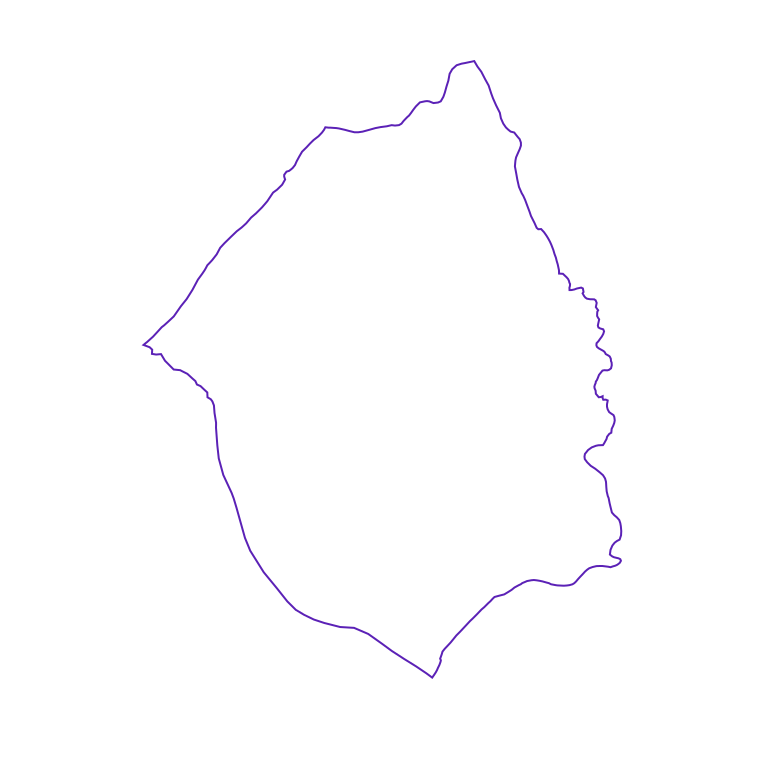 Rumduol, Svay Rieng, Cambodia, rotated 78°
{"feature_id": "14789045B51142255514393", "entity_name": "Rumduol", "entity_type": "district", "adm_level": 2, "iso_a3": "KHM", "parent_name": "Cambodia", "parent_adm1": "Svay Rieng", "projection": "albers", "projection_center": [105.826, 11.218], "detail": "fine", "context": "isolated", "style": "outline", "palette": "violet", "viewbox_px": 768, "rotation_deg": 78, "n_neighbors": 0, "source": "geoboundaries", "source_scale": "gbopen_adm2", "svg_char_len": 5077}
<svg xmlns="http://www.w3.org/2000/svg" viewBox="0 0 768 768"><g transform="rotate(78 384 384)"><path d="M489.3,182.5L487.8,181.0L485.7,179.2L484.1,177.8L481.9,176.7L479.6,174.0L478.9,171.8L475.2,170.6L472.5,168.5L470.0,166.9L467.7,165.9L465.8,165.7L464.0,165.6L462.1,166.0L460.2,167.9L458.3,169.6L455.3,170.5L452.6,170.6L450.2,170.1L448.1,169.2L446.6,168.6L445.4,170.3L445.0,172.8L443.2,173.1L441.4,172.7L441.8,174.6L441.6,176.7L437.6,178.8L434.5,178.4L432.0,178.9L430.4,178.8L428.8,178.0L427.1,176.8L425.7,176.3L424.4,174.9L422.7,173.7L419.8,171.8L418.0,169.6L416.3,167.5L416.3,165.7L417.1,162.6L416.9,160.8L415.9,158.7L413.0,157.3L410.3,156.9L408.8,157.2L406.4,156.9L404.0,157.5L402.8,158.6L400.8,160.9L398.9,161.4L397.5,162.3L395.8,164.2L393.7,166.6L391.9,168.0L390.2,168.2L388.3,167.6L386.7,165.3L385.0,163.5L382.9,161.1L380.6,159.1L378.2,157.8L376.1,158.2L374.6,161.0L373.3,162.5L371.4,162.7L369.5,161.9L367.3,160.9L365.5,160.1L363.6,160.9L361.8,161.4L359.2,160.8L357.6,160.3L356.4,159.2L354.7,160.0L352.8,160.8L348.9,159.1L346.1,159.6L344.9,160.8L343.9,164.9L342.7,167.8L341.3,169.1L339.5,170.0L336.6,170.9L335.5,169.7L331.9,169.6L330.7,171.1L330.7,175.5L331.1,178.1L331.1,180.9L330.7,183.0L328.3,182.6L326.9,181.8L324.9,181.2L323.4,181.6L321.8,181.6L319.6,182.1L317.6,183.2L316.0,184.3L313.4,186.1L312.4,189.8L309.1,189.2L303.2,189.2L299.6,189.5L296.2,189.6L292.2,190.2L288.1,190.5L282.5,191.4L279.3,192.1L275.6,193.2L272.8,194.2L270.2,195.3L268.8,195.9L265.1,198.1L264.7,200.9L263.0,202.2L257.8,203.3L250.2,205.3L245.9,205.8L239.3,206.8L233.2,207.7L228.7,208.7L226.1,209.6L219.3,211.0L211.8,211.1L206.0,210.9L198.3,210.7L192.8,209.0L189.8,207.7L184.9,204.2L182.6,202.5L179.3,200.5L176.3,199.9L172.7,200.4L170.0,201.9L167.0,203.4L165.1,204.3L163.4,207.7L160.9,209.7L158.4,211.4L154.1,213.2L148.4,214.4L142.8,214.3L134.8,216.4L127.2,218.0L122.3,218.7L113.8,219.6L106.9,221.7L98.8,223.9L92.9,226.6L86.9,228.6L86.9,238.0L86.8,241.5L87.3,246.7L90.3,251.8L94.2,255.3L100.7,258.0L106.0,261.0L111.6,263.9L115.4,266.2L119.3,269.7L119.9,272.6L119.5,277.2L118.3,279.0L117.0,280.9L116.2,283.1L116.0,285.1L116.0,290.3L119.1,295.1L121.8,298.3L124.5,301.2L126.7,303.8L127.6,305.5L129.0,307.6L130.8,310.2L133.0,312.8L133.9,315.5L133.5,319.5L132.4,322.7L132.5,327.7L132.0,333.9L131.9,339.3L132.3,345.4L132.7,352.5L132.4,357.0L131.6,360.6L129.3,365.4L127.3,369.3L124.7,374.9L123.8,377.3L122.2,382.9L121.7,385.0L120.7,388.0L122.9,389.8L125.2,392.4L128.0,396.5L130.8,402.3L133.5,406.5L136.4,410.6L139.7,415.8L144.0,419.7L148.1,423.2L151.3,425.5L153.7,428.4L154.7,430.2L155.8,432.5L156.0,435.2L158.6,438.1L160.2,438.5L161.7,438.4L163.4,438.2L167.9,442.2L171.7,448.2L173.7,452.7L181.0,460.2L185.8,466.5L190.4,473.6L193.6,479.4L198.2,485.4L201.3,490.7L204.0,496.3L208.4,503.4L213.1,510.8L216.7,515.9L222.4,520.7L227.1,526.3L229.3,529.4L231.1,532.1L233.5,534.1L235.4,535.8L238.3,538.8L243.2,544.3L252.1,551.8L259.9,559.4L265.7,566.5L271.5,572.7L274.2,575.6L278.3,582.4L280.9,586.9L282.2,589.6L285.8,594.6L289.7,600.1L291.3,602.9L292.7,605.3L293.8,607.2L294.5,608.7L295.8,611.1L299.3,605.6L302.2,603.6L306.3,604.7L307.8,600.8L308.4,595.9L315.7,593.4L326.1,586.7L328.1,580.5L329.6,578.7L333.2,574.2L338.7,570.3L341.9,567.9L345.6,567.1L347.9,563.9L352.0,561.1L355.5,558.6L360.3,559.4L362.9,556.6L365.3,555.5L369.6,554.8L377.1,555.8L386.9,556.3L388.8,556.7L391.8,557.4L409.4,559.8L422.4,561.1L439.6,560.1L458.8,555.7L464.8,554.8L474.5,554.0L490.1,553.0L505.6,552.0L519.3,549.5L543.1,540.8L561.6,531.2L576.5,523.8L586.6,517.2L593.2,510.1L599.8,501.6L605.4,492.0L607.7,487.3L612.6,477.4L616.3,464.0L625.2,451.4L637.7,439.9L646.8,431.8L657.0,421.6L667.0,411.2L675.8,402.7L681.2,397.9L678.5,395.0L676.8,393.3L674.7,391.5L673.1,390.4L670.3,388.2L667.4,386.4L666.0,385.8L664.4,386.2L660.5,383.8L657.9,382.4L655.6,379.6L653.6,376.7L650.8,372.7L648.8,370.2L645.0,365.5L642.2,361.2L639.7,357.6L636.9,353.6L633.8,349.2L632.1,346.4L628.6,341.0L624.9,335.6L623.1,332.3L620.1,327.7L618.6,325.1L616.6,322.3L615.3,320.2L615.0,315.1L614.8,310.1L613.2,305.5L611.9,302.0L610.2,298.7L608.8,294.0L608.3,291.8L607.5,290.2L606.9,287.0L606.5,285.1L606.6,280.6L606.9,278.1L607.8,275.4L608.9,272.6L610.1,269.9L610.9,268.4L612.0,266.3L613.1,264.1L614.6,262.3L616.4,258.0L617.0,256.4L617.7,253.8L618.7,250.0L619.1,247.1L619.3,244.4L619.1,241.3L618.4,239.3L617.1,237.2L615.0,234.5L613.3,232.1L610.9,228.6L609.3,226.4L607.9,223.9L606.9,221.6L606.4,218.1L606.3,214.1L606.9,210.7L607.4,208.3L609.3,202.8L610.3,200.5L610.0,198.2L609.8,195.5L609.4,193.7L608.8,192.2L607.9,190.5L606.2,189.0L604.5,189.3L603.3,190.8L601.3,195.0L600.1,196.6L597.8,198.5L593.3,196.9L589.5,194.2L587.2,191.4L586.0,188.8L585.2,185.9L581.3,183.6L577.2,182.5L572.3,181.9L569.2,181.8L565.9,182.2L562.8,184.0L560.1,186.1L557.1,187.8L551.5,188.0L547.5,188.1L542.2,188.0L540.1,188.4L535.3,188.5L531.2,188.0L527.3,187.4L525.7,187.2L522.4,187.4L518.8,188.7L515.3,191.3L510.7,195.1L507.0,198.8L502.9,201.5L499.2,203.2L496.7,203.0L494.2,202.0L491.0,198.1L489.2,194.0L488.5,189.6L488.5,187.1L489.3,182.5Z" fill="none" stroke="#5b21b6" stroke-width="2"/></g></svg>